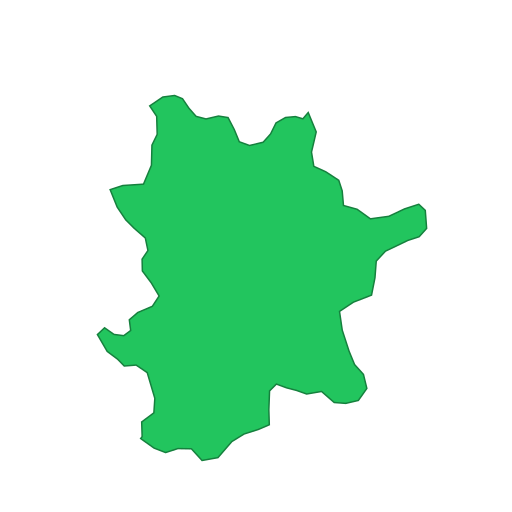 outline of Buyeo-gun, South Chungcheong, South Korea, rotated 252°
{"feature_id": "91817680B35509676151777", "entity_name": "Buyeo-gun", "entity_type": "district", "adm_level": 2, "iso_a3": "KOR", "parent_name": "South Korea", "parent_adm1": "South Chungcheong", "projection": "robinson", "projection_center": [126.867, 36.225], "detail": "fine", "context": "isolated", "style": "filled", "palette": "green", "viewbox_px": 512, "rotation_deg": 252, "n_neighbors": 0, "source": "geoboundaries", "source_scale": "gbopen_adm2", "svg_char_len": 1383}
<svg xmlns="http://www.w3.org/2000/svg" viewBox="0 0 512 512"><g transform="rotate(252 256 256)"><path d="M364.2,137.8L345.4,139.1L330.6,143.3L320.0,148.7L307.3,156.3L294.6,154.9L288.2,146.7L276.9,143.3L262.8,148.1L247.9,151.5L240.2,141.9L238.8,126.1L234.5,115.8L223.9,113.8L221.1,105.6L225.3,96.7L234.5,89.8L230.3,80.9L211.2,85.0L200.6,92.5L192.1,96.7L189.3,108.3L178.7,116.5L151.9,115.8L138.4,110.4L133.5,96.0L119.4,91.9L118.0,89.9L104.8,99.7L97.0,109.3L97.0,122.2L92.6,135.0L78.2,141.5L76.0,157.5L87.0,175.7L90.4,189.7L90.3,204.7L91.4,216.5L105.8,220.7L123.5,227.2L127.9,235.8L121.2,244.3L115.7,252.9L109.1,261.5L106.9,276.5L92.5,285.1L88.1,295.8L87.0,308.7L90.7,313.7L95.8,320.5L110.2,321.6L122.3,316.2L136.7,315.1L158.8,315.1L177.5,318.3L182.0,334.4L183.1,353.8L198.5,362.4L214.0,368.8L220.6,380.6L223.9,405.3L223.9,417.1L229.5,426.8L247.1,431.1L254.9,426.8L254.9,411.8L252.7,394.6L256.0,376.3L269.2,366.6L277.0,354.8L291.3,358.1L302.4,358.1L314.5,348.4L323.4,338.7L337.7,340.9L346.6,346.3L355.4,351.6L376.3,350.0L372.0,343.0L376.4,336.6L378.6,326.9L376.4,316.2L367.6,307.6L362.0,298.0L363.1,284.0L369.8,275.4L383.0,274.4L396.3,272.2L400.7,263.6L401.8,250.8L407.3,242.2L417.2,237.9L428.3,234.7L433.8,228.2L436.0,216.5L431.6,201.3L419.5,204.7L402.2,199.6L393.6,191.3L374.6,184.6L359.1,171.2L364.2,151.1L364.2,137.8Z" fill="#22c55e" stroke="#15803d" stroke-width="1.5"/></g></svg>